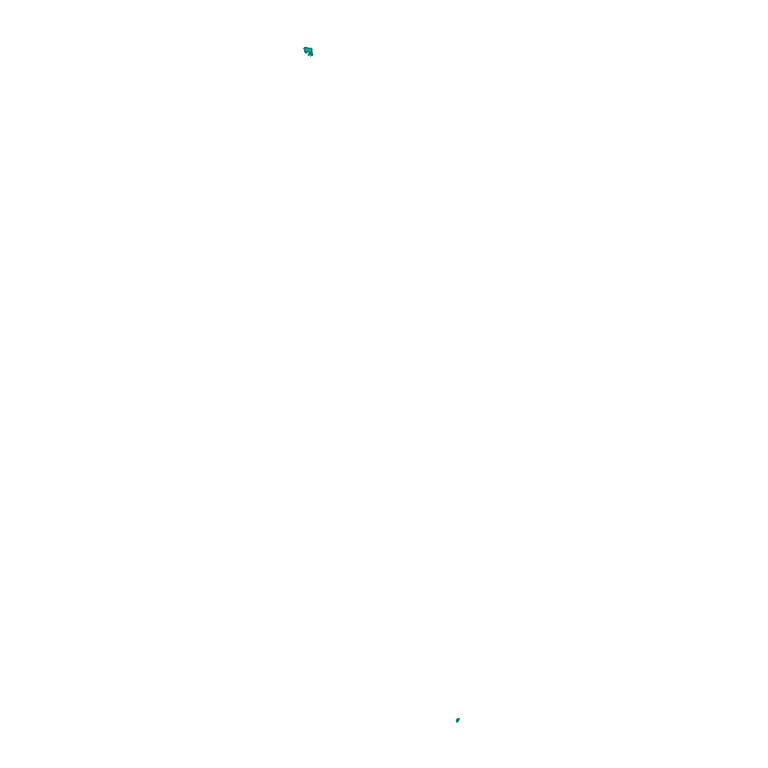 outline of Vitória, Brazil, rotated 76°
{"feature_id": "56859067B27737346695326", "entity_name": "Vitória", "entity_type": "district", "adm_level": 2, "iso_a3": "BRA", "parent_name": "Brazil", "parent_adm1": "", "projection": "natural_earth1", "projection_center": [-37.558, -20.378], "detail": "fine", "context": "isolated", "style": "filled", "palette": "teal", "viewbox_px": 768, "rotation_deg": 76, "n_neighbors": 0, "source": "geoboundaries", "source_scale": "gbopen_adm2", "svg_char_len": 1789}
<svg xmlns="http://www.w3.org/2000/svg" viewBox="0 0 768 768"><g transform="rotate(76 384 384)"><path d="M39.0,380.3L39.1,380.2L39.5,380.2L39.8,380.1L40.2,380.1L40.5,380.0L40.7,379.9L41.0,380.0L41.4,380.0L41.6,380.2L41.7,380.4L41.9,380.3L42.1,380.1L42.4,379.9L42.6,380.0L42.8,380.2L43.0,380.2L43.1,379.9L43.4,380.0L43.6,379.9L43.8,379.8L43.7,379.4L43.7,379.1L43.8,379.0L43.7,378.8L43.4,378.9L43.1,378.9L43.0,378.4L43.0,378.1L43.1,377.8L43.2,377.6L43.0,377.3L43.1,377.0L43.2,376.7L43.4,376.5L43.6,376.4L43.9,376.1L44.1,375.9L44.3,375.8L44.6,375.7L44.9,375.7L45.2,375.8L45.2,376.1L45.3,376.3L45.5,376.6L45.6,376.9L45.7,377.2L46.0,377.4L46.3,377.8L46.6,377.6L46.5,377.1L46.5,376.4L46.6,376.0L46.7,375.7L46.8,375.5L47.1,375.0L47.3,375.1L47.2,374.9L47.1,374.7L47.3,374.4L47.5,374.2L47.6,373.9L47.3,373.7L44.7,373.7L44.4,373.7L44.5,374.0L44.8,374.0L44.6,374.3L44.7,374.6L44.6,374.8L44.5,374.5L44.3,374.3L44.2,374.1L44.0,373.8L43.8,373.7L43.5,373.8L43.2,373.8L42.9,373.7L42.5,373.5L42.4,373.2L42.2,373.0L41.8,373.0L41.7,373.1L41.7,373.4L41.5,373.5L41.4,373.5L41.2,373.6L40.7,373.7L40.6,373.8L40.6,374.2L40.7,374.5L40.6,374.9L40.5,375.3L40.4,375.5L40.2,375.9L40.1,376.1L39.8,376.5L39.7,376.6L39.4,376.9L39.2,377.1L39.1,377.4L39.0,377.8L38.9,378.0L38.7,378.2L38.5,378.6L38.5,378.9L38.5,379.5L38.8,379.8L38.9,380.0L39.0,380.3ZM729.5,394.5L729.4,394.3L729.2,394.2L729.1,393.9L728.9,393.6L728.7,393.6L728.3,393.3L728.2,393.0L728.0,392.8L727.8,392.7L727.6,392.5L727.4,392.2L727.2,392.1L727.0,392.3L726.9,392.4L726.8,392.7L726.8,393.0L726.8,393.3L726.8,393.7L726.9,393.9L727.1,394.1L727.4,394.3L727.5,394.6L727.6,394.8L727.8,394.7L728.0,394.9L728.2,394.7L728.4,394.6L728.7,394.6L728.9,394.7L729.1,394.9L729.4,395.0L729.4,394.7L729.5,394.5Z" fill="#14b8a6" stroke="#0f766e" stroke-width="1.5"/></g></svg>